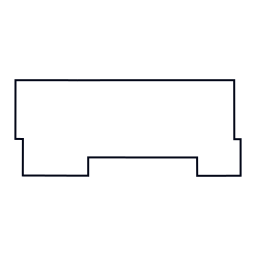 Bottineau, North Dakota, United States of America
{"feature_id": "52423323B86057678992941", "entity_name": "Bottineau", "entity_type": "district", "adm_level": 2, "iso_a3": "USA", "parent_name": "United States of America", "parent_adm1": "North Dakota", "projection": "robinson", "projection_center": [-100.84, 48.772], "detail": "fine", "context": "isolated", "style": "outline", "palette": "ink", "viewbox_px": 256, "rotation_deg": 0, "n_neighbors": 0, "source": "geoboundaries", "source_scale": "gbopen_adm2", "svg_char_len": 370}
<svg xmlns="http://www.w3.org/2000/svg" viewBox="0 0 256 256"><path d="M88.2,175.7L88.2,157.4L197.1,157.5L197.2,175.8L218.8,175.8L240.6,175.7L240.6,139.2L234.3,139.2L234.2,80.2L192.7,80.2L192.4,80.2L128.1,80.2L111.7,80.2L77.1,80.3L63.8,80.2L56.3,80.2L22.0,80.2L15.5,80.2L15.4,138.9L22.9,139.0L22.8,175.5L88.2,175.7Z" fill="none" stroke="#020617" stroke-width="2"/></svg>